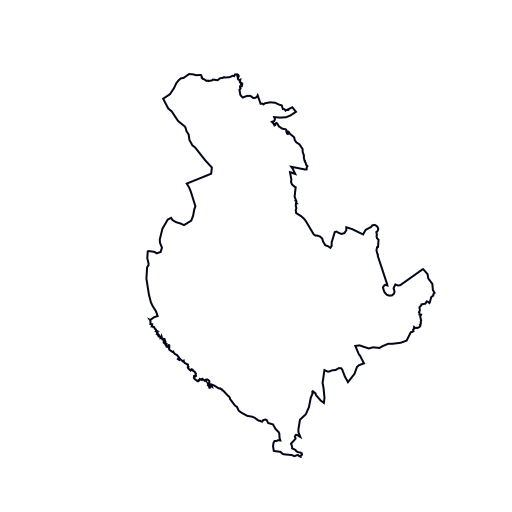 the district of Central Tongu, Volta, Ghana, rotated 143°
{"feature_id": "2480657B36678414015123", "entity_name": "Central Tongu", "entity_type": "district", "adm_level": 2, "iso_a3": "GHA", "parent_name": "Ghana", "parent_adm1": "Volta", "projection": "equal_earth", "projection_center": [0.611, 6.166], "detail": "fine", "context": "isolated", "style": "outline", "palette": "ink", "viewbox_px": 512, "rotation_deg": 143, "n_neighbors": 0, "source": "geoboundaries", "source_scale": "gbopen_adm2", "svg_char_len": 6125}
<svg xmlns="http://www.w3.org/2000/svg" viewBox="0 0 512 512"><g transform="rotate(143 256 256)"><path d="M379.2,269.0L379.3,267.7L381.3,265.2L380.0,264.0L381.6,262.6L380.9,262.3L380.9,261.2L380.1,260.7L380.6,258.7L380.2,257.9L380.5,256.2L380.1,255.4L381.2,255.8L380.8,254.1L382.0,253.4L381.2,252.5L381.1,251.2L381.3,250.8L382.0,251.5L382.1,250.5L381.6,250.4L381.6,249.6L380.6,249.1L381.7,247.9L381.0,247.7L379.9,248.5L381.0,245.8L380.4,244.9L379.6,245.3L379.0,244.8L380.0,241.9L380.8,241.9L381.2,243.2L381.9,242.2L381.6,240.8L381.0,240.7L380.4,239.8L381.7,239.0L381.5,238.1L382.0,237.5L381.4,236.7L380.2,236.8L379.5,237.5L379.0,236.9L380.3,235.1L380.9,235.3L381.6,233.2L380.4,229.6L379.6,229.4L379.9,228.8L379.7,226.4L378.7,224.6L378.6,221.1L380.4,220.7L379.9,219.3L378.8,220.2L377.8,215.7L376.8,215.8L377.3,214.7L377.3,213.4L375.7,210.2L376.6,209.4L376.6,208.1L377.6,207.9L377.7,206.5L377.2,203.9L376.0,204.3L375.7,203.4L375.3,203.8L375.0,203.3L375.4,202.3L374.6,200.6L374.8,198.3L375.4,198.1L376.0,196.3L376.9,196.3L376.9,196.9L377.7,197.4L379.0,196.1L379.0,194.6L378.0,191.1L377.5,190.8L376.8,191.3L376.6,190.8L376.0,190.8L374.9,191.6L373.8,189.5L373.4,189.6L373.0,191.1L372.0,187.0L371.5,187.2L371.0,186.5L370.4,188.2L370.4,187.2L369.2,186.7L368.7,185.5L368.6,184.0L370.0,182.5L369.9,182.0L371.1,183.4L371.3,182.3L372.1,181.9L372.0,180.5L372.5,178.8L372.0,178.6L371.8,179.5L370.8,180.4L371.1,179.4L370.1,179.0L369.8,178.1L369.5,178.9L370.2,179.6L369.5,180.5L368.9,180.3L367.3,177.6L365.6,173.1L364.9,172.1L364.4,172.0L364.2,171.0L363.5,170.2L363.8,169.0L363.2,168.3L362.5,161.2L362.1,160.2L362.3,158.2L362.8,157.5L362.8,150.8L362.7,148.8L362.0,146.9L362.9,142.9L362.0,139.8L359.2,133.6L355.8,130.0L354.4,127.6L353.0,122.8L351.9,122.0L351.5,120.8L350.7,120.0L349.1,120.6L347.0,119.8L346.2,118.4L346.8,115.3L343.8,111.3L344.5,105.9L343.9,101.7L344.3,100.1L346.7,96.5L347.6,94.0L349.4,95.7L351.1,95.9L352.5,97.1L352.9,97.0L354.5,96.2L356.9,93.8L359.1,89.6L354.4,84.9L353.7,81.7L352.5,80.3L347.2,75.5L345.8,73.0L342.9,72.2L342.1,71.5L342.0,70.1L341.2,68.9L340.8,69.6L338.9,69.6L338.2,70.8L338.9,72.4L340.5,74.0L341.3,75.8L341.2,77.4L342.9,80.6L341.8,82.3L341.0,85.0L334.3,86.3L333.6,88.4L331.9,89.2L331.1,88.6L329.5,84.8L328.2,89.7L326.4,92.1L319.4,98.8L311.5,99.6L304.7,103.4L297.5,109.9L293.5,112.2L292.9,113.6L292.0,113.8L291.2,110.4L291.8,108.8L291.3,101.5L290.2,97.8L286.7,101.5L281.7,109.6L279.2,114.6L270.0,123.7L268.5,120.8L267.2,119.7L263.8,118.8L261.2,117.1L257.3,116.6L255.5,115.0L255.5,113.4L257.5,106.5L258.5,99.9L248.3,102.6L242.1,106.6L239.4,106.8L234.4,105.3L232.9,114.0L233.1,115.3L230.8,124.4L227.1,122.3L221.6,114.3L217.6,112.7L212.6,108.2L209.5,107.9L203.2,106.3L200.1,103.9L192.6,99.6L186.6,97.8L178.4,101.9L175.6,101.1L174.9,102.6L174.0,102.7L172.5,104.1L172.2,102.6L171.2,102.3L170.7,101.5L168.4,100.9L166.6,101.4L166.4,102.4L165.1,102.7L163.8,104.6L163.0,104.9L161.3,108.8L159.5,109.8L160.7,110.8L159.7,112.2L159.7,113.0L157.9,113.9L156.3,116.7L153.8,117.1L153.0,117.8L149.4,116.0L147.0,117.0L146.0,115.4L145.9,114.1L145.3,114.2L140.8,117.7L138.3,117.7L137.1,118.9L135.6,119.1L135.2,122.4L132.0,127.5L131.9,134.4L129.9,138.3L130.4,144.8L130.9,145.1L158.4,145.9L160.3,146.9L161.8,149.4L165.5,147.5L166.8,144.2L168.4,142.9L171.2,142.7L173.5,144.2L174.9,146.4L175.2,149.4L174.7,151.6L173.4,154.6L171.4,155.3L170.1,155.2L168.8,153.4L168.2,154.7L158.7,182.8L157.8,183.7L157.8,184.6L156.4,188.0L154.0,190.2L153.1,189.8L148.3,195.3L148.7,197.2L147.9,199.2L146.8,200.0L145.5,202.7L144.2,202.7L142.3,203.7L141.6,205.3L141.5,207.1L142.5,209.4L144.7,210.5L146.5,209.9L152.7,210.9L157.5,208.8L163.1,219.7L166.6,224.6L168.4,222.2L171.6,221.1L174.4,222.1L176.1,224.8L177.0,227.1L178.7,227.7L187.3,221.4L189.6,218.5L191.7,217.8L192.6,220.5L194.2,222.9L193.7,227.3L192.6,230.2L193.2,233.1L194.9,235.6L196.2,236.5L196.9,238.6L195.2,253.8L195.2,256.8L195.9,260.3L198.1,266.1L196.6,268.8L195.1,269.7L193.8,272.5L192.4,273.9L191.9,273.6L192.0,274.4L191.2,274.8L190.7,275.7L191.0,276.3L190.6,276.3L189.5,280.1L182.9,287.1L183.5,288.2L184.2,291.5L183.5,294.0L181.8,295.7L178.4,302.5L175.3,297.9L174.2,303.6L174.1,306.0L164.8,295.6L163.5,294.7L161.9,296.5L160.9,296.8L161.0,298.9L160.2,300.5L160.3,301.9L159.6,302.5L159.7,303.3L158.6,305.8L157.3,307.3L156.1,311.0L154.4,313.4L154.1,318.9L155.4,322.5L155.3,325.3L154.3,327.2L154.2,328.4L155.4,333.3L155.2,335.6L155.4,335.9L156.5,334.3L157.1,334.2L157.5,334.9L157.3,336.1L155.9,338.6L156.1,339.4L158.4,341.9L159.7,345.7L159.3,349.2L159.7,350.0L160.9,350.1L161.8,349.0L162.7,349.2L162.3,351.3L162.6,353.6L160.2,352.8L158.5,353.9L157.9,356.0L153.5,352.0L148.4,348.7L143.9,347.5L137.3,347.1L137.5,352.9L142.7,353.9L142.7,353.5L144.2,354.4L144.9,354.3L144.9,356.1L146.1,357.2L144.8,360.7L146.6,363.2L148.5,366.9L152.2,370.2L157.0,372.6L158.8,372.6L159.3,374.0L160.7,374.8L158.0,383.3L159.1,382.7L161.1,382.6L163.1,383.8L164.1,387.3L166.8,389.2L171.3,390.6L171.6,393.9L169.2,398.7L167.6,399.0L167.2,400.4L166.5,401.1L165.3,400.1L164.8,400.3L164.6,402.1L163.6,401.6L163.2,402.1L164.2,404.7L162.4,406.3L163.5,406.6L164.0,407.8L162.9,410.2L162.6,409.4L161.5,410.0L161.2,411.4L161.6,412.3L163.4,413.6L165.2,412.8L166.0,413.9L169.4,414.7L173.4,417.2L173.9,418.1L175.2,418.2L177.8,419.6L180.9,419.5L184.2,422.8L185.2,422.6L188.8,424.4L188.8,425.0L190.2,425.7L191.0,428.2L192.0,429.7L192.1,431.0L191.6,431.1L191.0,433.5L191.3,433.9L195.1,436.5L196.9,438.9L200.0,441.6L206.6,441.8L209.3,443.1L211.9,442.9L215.6,442.0L220.5,439.4L227.3,437.0L235.5,437.5L237.3,426.7L236.3,422.0L237.0,410.8L234.9,402.2L235.2,400.5L236.3,397.8L236.7,393.5L239.3,388.8L240.2,382.7L239.3,379.3L239.0,363.2L238.0,353.2L242.3,348.7L267.7,355.5L268.2,351.0L269.3,346.7L274.5,332.1L277.0,330.6L282.0,326.0L286.5,323.2L294.9,324.0L296.8,327.5L299.6,331.3L301.0,334.9L300.9,337.6L304.6,338.2L314.3,334.1L322.8,327.2L324.7,324.5L326.1,319.2L329.8,316.6L333.7,317.9L334.6,320.4L338.8,324.6L339.7,324.8L344.2,319.6L346.2,314.9L347.4,313.3L349.7,312.6L357.2,303.8L364.9,289.3L367.8,282.3L368.6,278.5L369.2,271.9L370.7,267.2L374.0,268.4L379.0,268.6L379.2,269.0Z" fill="none" stroke="#020617" stroke-width="2"/></g></svg>